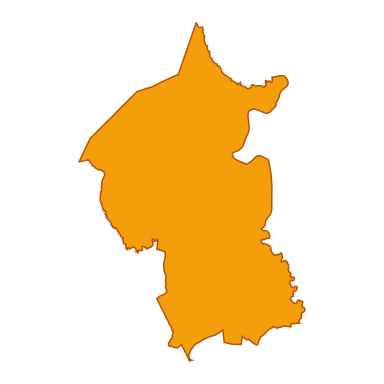 Tanquián de Escobedo, San Luis Potosí, Mexico (Natural Earth projection)
{"feature_id": "50627088B81870617842990", "entity_name": "Tanquián de Escobedo", "entity_type": "district", "adm_level": 2, "iso_a3": "MEX", "parent_name": "Mexico", "parent_adm1": "San Luis Potosí", "projection": "natural_earth1", "projection_center": [-98.642, 21.612], "detail": "fine", "context": "isolated", "style": "filled", "palette": "amber", "viewbox_px": 384, "rotation_deg": 0, "n_neighbors": 0, "source": "geoboundaries", "source_scale": "gbopen_adm2", "svg_char_len": 5987}
<svg xmlns="http://www.w3.org/2000/svg" viewBox="0 0 384 384"><path d="M271.9,77.2L272.2,78.4L272.3,80.4L271.9,82.1L270.8,82.0L269.9,81.0L268.6,81.4L268.6,81.9L267.1,82.2L266.8,81.6L267.0,81.1L266.3,80.6L265.7,80.5L265.8,80.9L265.5,81.0L265.6,81.6L265.5,82.6L265.7,82.9L265.6,83.0L266.0,83.9L266.3,84.2L265.6,85.6L264.9,86.4L264.9,86.1L264.1,86.5L264.0,86.8L262.9,87.3L262.3,86.7L262.1,86.0L261.2,85.8L257.9,85.8L258.0,85.9L257.0,85.8L255.7,86.1L254.7,85.8L253.1,84.7L251.7,85.0L251.0,87.6L248.7,88.6L247.9,88.7L247.1,88.5L246.2,87.4L243.0,86.2L242.1,85.7L241.7,85.8L241.2,85.4L240.4,82.5L239.6,83.6L238.8,83.4L238.7,84.2L238.1,84.6L237.3,83.6L236.9,83.7L236.9,83.4L236.2,82.9L234.8,82.2L234.7,82.3L233.7,81.4L233.5,81.5L231.9,80.8L231.5,80.9L231.3,80.5L231.7,79.9L231.6,79.1L227.3,76.6L225.7,75.3L223.2,73.7L223.0,73.1L222.1,72.8L221.7,71.1L220.5,68.1L219.7,66.9L219.4,66.2L218.8,66.4L217.0,65.4L216.8,63.8L215.0,63.6L214.2,62.1L212.8,61.5L212.2,60.1L212.3,59.4L211.5,58.9L209.7,55.9L209.7,54.2L209.1,53.5L210.0,52.1L209.0,51.1L208.4,51.0L207.5,49.7L207.4,46.0L206.6,46.2L206.5,45.4L205.8,45.1L204.3,41.0L204.3,38.3L204.6,36.1L203.4,34.5L203.5,33.9L202.5,31.2L203.1,29.9L202.5,27.1L200.1,27.5L198.3,27.1L197.7,26.3L197.6,24.9L197.0,23.7L196.1,23.0L178.4,74.3L165.3,80.3L152.2,86.7L137.0,91.6L116.2,112.3L113.6,115.4L108.2,120.4L90.1,138.5L79.1,161.8L88.5,159.8L93.1,166.3L94.9,166.8L95.3,168.0L98.5,169.8L100.2,169.7L100.5,170.0L101.3,169.8L102.5,171.2L104.2,172.1L104.5,174.5L104.9,174.9L103.2,178.6L102.7,179.3L102.1,181.3L101.6,182.4L102.0,184.5L101.5,187.0L101.5,191.6L100.7,191.6L100.1,199.5L101.0,203.3L102.3,204.2L101.9,205.6L102.5,206.7L102.7,208.8L103.3,209.8L103.7,209.8L104.0,210.1L104.3,211.2L105.0,210.9L105.8,211.5L106.0,213.3L105.1,213.7L105.8,214.1L106.6,215.2L106.8,216.2L106.1,216.2L106.3,217.5L111.1,222.7L111.1,225.3L112.6,225.7L112.5,227.3L113.3,227.8L115.3,228.5L115.5,227.7L116.4,228.5L117.9,230.4L117.7,231.8L119.0,232.3L119.3,233.8L120.4,235.0L121.0,236.8L123.3,238.0L122.6,238.9L123.6,243.6L125.5,244.5L126.1,245.2L125.9,247.0L126.3,249.3L126.7,249.5L127.7,249.6L128.0,247.8L128.7,247.9L130.0,249.0L131.4,247.9L133.1,247.0L134.4,247.2L136.5,250.3L136.2,250.8L136.0,251.8L137.0,251.4L137.9,252.8L138.5,252.7L138.5,252.1L138.1,250.8L140.1,250.0L140.5,250.5L141.1,250.8L142.5,250.1L142.7,249.4L142.2,247.6L142.5,246.4L144.2,246.7L146.1,248.5L146.2,247.9L146.9,247.9L147.4,248.7L151.7,246.6L152.6,245.4L152.8,244.7L152.8,242.0L152.7,241.4L152.2,240.8L152.4,239.1L154.1,239.4L154.1,241.1L155.1,241.5L155.9,241.0L156.9,239.1L157.8,240.1L156.9,249.2L157.5,249.7L159.0,249.3L159.4,249.9L163.2,251.1L165.0,252.0L165.4,255.5L163.9,263.1L163.7,265.9L164.0,268.5L163.9,269.9L166.3,277.3L165.6,279.2L165.9,279.9L165.4,281.1L165.9,282.1L166.0,284.5L165.7,286.0L165.2,287.1L167.1,291.2L165.1,293.8L164.2,294.3L160.0,295.9L156.8,298.7L168.6,322.2L169.5,324.9L170.9,325.9L172.5,331.4L173.2,331.9L173.0,334.0L172.1,335.7L172.3,338.0L171.4,338.8L170.8,339.1L170.3,340.3L168.7,342.9L168.3,344.1L168.8,345.6L169.8,346.5L171.3,346.2L173.9,347.3L177.2,347.9L181.6,344.8L189.6,361.0L191.0,360.2L191.8,360.1L189.9,359.2L188.4,355.9L190.8,349.9L192.6,347.8L194.0,345.6L195.7,344.0L200.1,341.7L202.6,339.9L204.9,338.8L208.7,337.1L215.2,335.0L219.2,332.7L222.9,330.0L224.2,342.4L232.1,344.2L241.0,344.5L242.5,336.3L246.2,339.6L247.4,339.9L248.6,339.2L252.9,342.9L255.8,344.6L256.8,344.9L258.0,344.1L258.4,342.5L258.6,340.9L259.3,339.6L260.0,339.0L259.9,338.4L260.8,337.1L264.5,334.0L266.8,331.4L269.4,329.0L272.0,327.8L272.9,327.1L274.1,326.8L277.0,328.2L279.2,327.4L281.6,327.0L282.2,326.3L283.3,325.9L290.8,326.8L290.9,323.9L299.8,323.0L299.5,322.7L298.9,321.3L299.5,319.8L301.2,318.1L301.2,316.1L301.7,313.0L302.0,312.6L303.6,312.0L304.3,311.5L304.7,310.7L304.9,309.6L304.4,307.9L304.1,307.4L302.2,306.7L302.1,305.2L302.8,302.0L302.6,301.4L300.3,301.0L299.0,300.0L298.5,300.0L297.5,300.6L296.7,302.4L295.8,303.5L294.9,303.6L293.0,302.4L290.4,299.3L291.2,297.0L291.8,296.6L293.5,296.0L293.0,294.0L293.4,293.3L293.4,292.1L293.8,291.2L295.0,291.2L295.7,290.8L297.0,289.0L297.0,288.2L297.3,287.1L296.7,286.5L295.8,286.2L294.9,286.5L294.1,287.9L293.4,288.1L292.9,287.9L292.4,287.0L291.7,286.8L290.9,286.2L290.7,285.7L290.7,284.5L289.6,282.8L289.7,282.1L290.0,281.7L290.3,281.0L291.3,280.3L291.9,280.3L292.5,280.8L293.6,280.8L293.8,280.4L294.4,278.6L294.3,277.9L293.7,277.1L293.2,277.0L292.6,277.4L292.1,277.4L290.0,276.5L290.0,276.2L290.9,275.1L290.9,274.0L290.6,273.0L288.8,271.3L288.3,270.5L288.3,268.8L288.6,267.6L288.6,266.4L288.2,264.3L287.2,263.6L287.6,262.8L287.3,262.2L286.3,261.2L285.4,260.6L284.8,260.5L283.3,260.8L281.8,262.1L281.3,261.9L281.2,261.5L281.3,260.0L281.7,258.7L282.4,258.1L282.4,257.4L281.9,254.1L281.3,253.0L280.7,253.1L279.9,254.2L278.3,254.1L277.7,255.3L277.1,255.4L275.6,254.8L274.5,255.1L273.6,255.0L272.7,253.2L271.6,252.0L271.1,250.5L270.5,246.6L270.2,246.2L265.9,244.0L263.2,243.6L262.1,243.0L261.4,242.3L261.3,240.4L261.5,239.5L262.1,239.4L262.8,239.8L263.3,239.6L264.5,239.5L266.5,238.5L269.0,238.3L269.4,238.1L269.8,236.9L269.5,234.9L268.6,232.7L267.4,231.3L266.3,230.9L262.8,230.3L261.9,229.6L261.5,228.6L263.9,227.0L264.6,225.9L265.4,223.6L265.4,221.9L265.8,220.5L270.4,214.1L271.3,212.0L271.7,209.6L271.9,185.2L270.9,173.4L268.8,160.9L268.1,159.8L267.6,159.3L260.7,155.9L257.6,155.8L256.2,156.5L250.8,161.8L247.6,163.6L246.5,163.9L245.8,163.8L240.2,161.7L234.7,158.9L233.6,157.7L232.4,154.9L232.5,153.4L233.0,152.6L238.4,150.6L241.0,148.4L242.8,146.3L245.3,139.6L248.4,132.5L249.0,129.7L249.2,126.1L248.0,117.3L248.0,115.2L248.2,113.1L248.7,111.7L249.3,110.8L252.1,109.4L254.5,109.0L257.9,109.9L262.6,112.1L266.3,113.3L267.5,113.3L269.7,112.3L272.8,109.1L275.0,107.1L276.1,105.0L276.1,104.6L275.7,103.7L275.7,103.1L277.0,101.3L278.4,98.7L280.5,92.1L282.6,89.5L286.7,86.5L287.7,85.1L287.9,84.3L288.1,83.3L288.1,82.1L287.6,80.5L286.4,78.2L284.5,76.2L282.9,75.7L280.2,75.8L274.1,77.0L271.9,77.2Z" fill="#f59e0b" stroke="#b45309" stroke-width="1.5"/></svg>